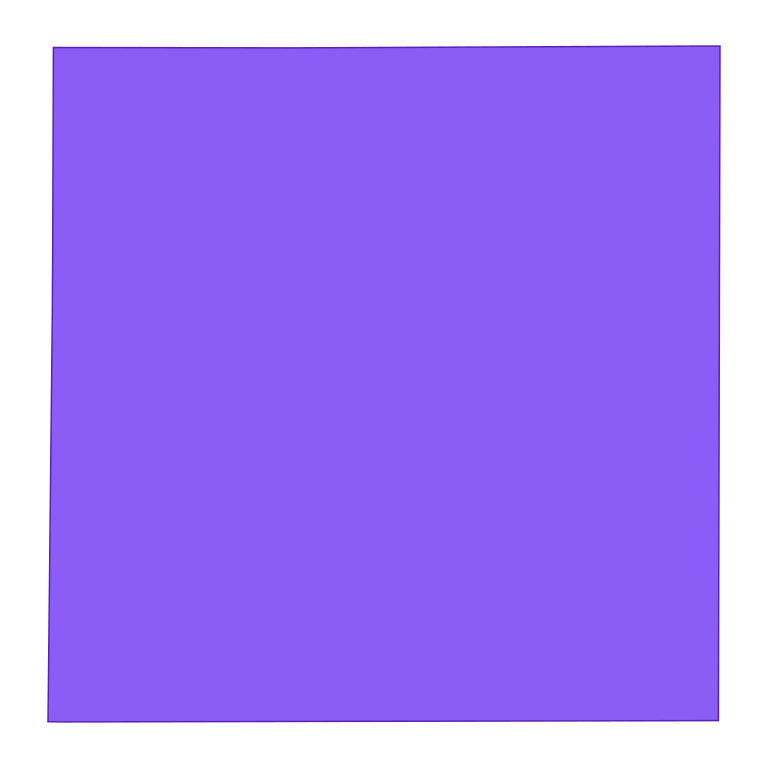 the district of Rooks, Kansas, United States of America
{"feature_id": "52423323B35530084961770", "entity_name": "Rooks", "entity_type": "district", "adm_level": 2, "iso_a3": "USA", "parent_name": "United States of America", "parent_adm1": "Kansas", "projection": "albers", "projection_center": [-99.363, 39.35], "detail": "fine", "context": "isolated", "style": "filled", "palette": "violet", "viewbox_px": 768, "rotation_deg": 0, "n_neighbors": 0, "source": "geoboundaries", "source_scale": "gbopen_adm2", "svg_char_len": 242}
<svg xmlns="http://www.w3.org/2000/svg" viewBox="0 0 768 768"><path d="M693.9,46.1L291.8,47.9L53.4,47.5L52.7,248.6L52.3,315.7L48.0,721.7L64.1,721.9L718.4,720.6L720.0,46.1L693.9,46.1Z" fill="#8b5cf6" stroke="#5b21b6" stroke-width="1.5"/></svg>